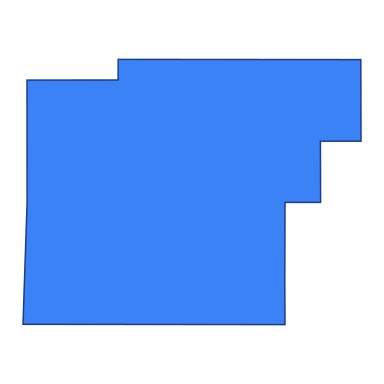 Latimer, Oklahoma, United States of America
{"feature_id": "52423323B76239020598074", "entity_name": "Latimer", "entity_type": "district", "adm_level": 2, "iso_a3": "USA", "parent_name": "United States of America", "parent_adm1": "Oklahoma", "projection": "mercator", "projection_center": [-95.16, 34.87], "detail": "fine", "context": "isolated", "style": "filled", "palette": "blue", "viewbox_px": 384, "rotation_deg": 0, "n_neighbors": 0, "source": "geoboundaries", "source_scale": "gbopen_adm2", "svg_char_len": 292}
<svg xmlns="http://www.w3.org/2000/svg" viewBox="0 0 384 384"><path d="M285.0,324.6L284.8,283.8L285.0,202.4L320.6,202.4L320.4,141.2L361.0,141.2L360.9,91.1L360.8,59.6L118.2,59.4L118.1,80.0L27.0,80.1L27.1,202.5L23.0,324.3L285.0,324.6Z" fill="#3b82f6" stroke="#1e3a8a" stroke-width="1.5"/></svg>